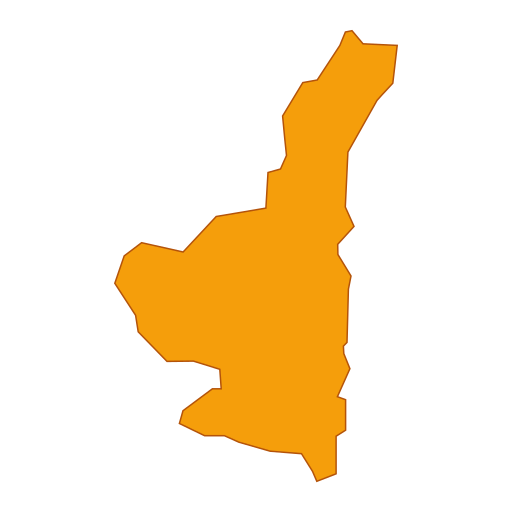 outline of Boboye, Dosso, Niger
{"feature_id": "23599985B30838539224942", "entity_name": "Boboye", "entity_type": "district", "adm_level": 2, "iso_a3": "NER", "parent_name": "Niger", "parent_adm1": "Dosso", "projection": "natural_earth1", "projection_center": [2.857, 13.176], "detail": "fine", "context": "isolated", "style": "filled", "palette": "amber", "viewbox_px": 512, "rotation_deg": 0, "n_neighbors": 0, "source": "geoboundaries", "source_scale": "gbopen_adm2", "svg_char_len": 783}
<svg xmlns="http://www.w3.org/2000/svg" viewBox="0 0 512 512"><path d="M179.4,423.5L204.6,435.7L224.4,435.7L238.9,442.2L270.2,451.2L301.5,453.7L312.5,471.3L316.8,481.3L336.1,473.8L336.1,445.2L336.1,436.2L345.6,430.2L345.6,399.7L337.4,396.7L349.9,368.7L343.8,353.6L343.4,346.1L347.0,342.4L348.4,289.2L351.0,276.0L337.9,254.5L337.7,244.3L354.0,226.4L345.3,207.0L347.9,152.1L377.0,100.4L382.2,94.6L392.8,83.2L397.2,45.4L363.0,43.8L352.0,30.7L345.4,32.0L339.9,45.4L317.2,80.0L302.8,82.6L282.6,116.0L284.7,138.1L286.5,155.5L280.5,169.0L268.0,172.5L265.9,208.1L216.2,216.5L183.1,252.0L141.6,242.7L124.2,255.9L114.8,283.3L135.6,315.3L138.2,331.8L167.0,361.4L193.4,361.1L219.8,369.3L221.2,388.8L212.4,388.8L183.0,410.7L179.4,423.5Z" fill="#f59e0b" stroke="#b45309" stroke-width="1.5"/></svg>